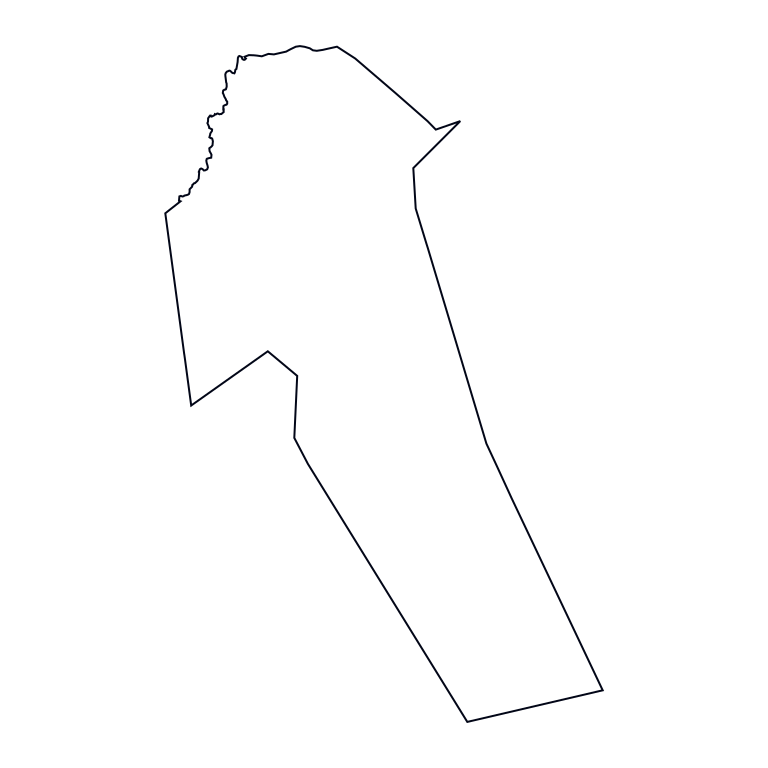 outline of San Juan Teitipac, Oaxaca, Mexico
{"feature_id": "50627088B7077340988995", "entity_name": "San Juan Teitipac", "entity_type": "district", "adm_level": 2, "iso_a3": "MEX", "parent_name": "Mexico", "parent_adm1": "Oaxaca", "projection": "robinson", "projection_center": [-96.62, 16.891], "detail": "fine", "context": "isolated", "style": "outline", "palette": "ink", "viewbox_px": 768, "rotation_deg": 0, "n_neighbors": 0, "source": "geoboundaries", "source_scale": "gbopen_adm2", "svg_char_len": 2466}
<svg xmlns="http://www.w3.org/2000/svg" viewBox="0 0 768 768"><path d="M337.0,46.7L327.5,48.8L322.7,49.9L316.8,50.8L312.9,50.3L309.8,48.3L304.6,46.8L299.9,46.1L295.8,46.7L291.0,49.0L288.7,50.2L286.2,51.6L274.3,54.3L274.0,54.4L268.4,53.9L261.8,56.3L257.6,55.7L257.0,55.6L253.9,55.3L248.9,55.1L244.5,56.8L245.2,58.0L245.9,58.6L244.8,59.7L244.0,59.9L242.5,59.2L242.0,58.1L241.9,57.0L239.4,56.0L238.6,56.4L238.1,57.4L237.9,57.9L237.6,62.1L236.8,66.7L236.4,69.0L236.0,69.2L235.4,69.7L234.9,72.3L234.4,73.3L233.9,73.1L233.0,73.1L232.5,72.9L232.1,72.7L230.5,71.1L229.8,70.7L229.1,70.7L228.7,70.9L228.1,71.2L227.4,71.4L226.7,71.8L226.2,72.5L225.7,73.1L225.3,74.5L225.4,76.1L226.2,82.5L226.6,83.4L226.7,86.4L226.6,87.0L225.9,89.3L225.6,89.5L224.4,89.7L223.7,90.2L223.2,90.5L222.8,93.0L223.0,93.3L223.6,94.5L224.1,96.0L224.5,97.0L224.9,97.6L225.9,99.4L226.1,100.3L227.2,101.6L227.2,103.7L226.5,104.7L225.3,104.9L224.7,105.3L223.8,105.7L223.4,106.1L223.3,109.4L223.7,109.4L223.6,111.2L223.7,112.0L221.4,114.0L221.1,113.9L220.2,114.1L219.5,114.3L218.9,114.0L218.3,113.8L217.8,113.5L217.1,113.6L216.5,114.0L215.9,114.4L215.3,114.3L214.9,114.1L214.6,115.0L214.1,115.4L211.7,116.6L210.9,116.3L210.8,115.6L210.1,115.6L209.8,116.3L209.5,116.3L208.1,118.3L208.1,119.2L208.0,121.7L207.4,123.1L209.1,126.8L209.1,127.9L212.1,129.4L212.0,130.9L210.3,133.5L210.1,134.8L209.6,136.5L209.4,137.3L210.8,138.2L211.2,138.1L211.6,138.1L212.2,138.7L212.9,141.2L212.5,145.3L211.7,146.3L210.4,147.5L209.6,147.9L209.3,148.3L209.6,151.2L211.0,153.7L211.5,154.8L211.2,157.7L209.0,158.1L208.1,158.4L207.2,158.6L206.7,159.0L206.3,160.7L206.5,161.7L206.6,162.4L206.7,162.9L207.0,163.9L207.4,165.1L207.7,166.3L207.8,167.0L207.9,167.4L207.2,169.3L205.3,170.3L203.9,170.5L203.1,169.7L202.9,169.4L202.1,168.9L201.1,168.5L199.9,169.2L198.8,171.9L199.2,172.2L198.7,178.6L197.5,180.7L196.7,181.5L195.0,183.1L194.2,183.2L193.4,183.9L193.2,184.4L192.3,185.0L192.1,186.7L189.9,189.0L189.6,189.3L189.6,192.1L189.0,194.0L187.9,194.7L186.6,195.1L184.3,195.6L183.7,196.2L182.5,196.5L181.5,196.2L180.9,195.9L179.4,196.4L179.0,200.7L180.5,201.3L169.7,209.8L165.3,213.3L176.9,299.5L184.2,354.0L184.3,354.5L185.0,359.4L191.2,405.5L267.8,351.3L297.2,375.9L294.3,437.9L307.9,463.9L467.3,721.9L602.7,690.3L511.7,498.4L497.1,466.6L486.4,443.6L451.6,327.3L427.8,248.0L426.5,243.9L415.7,208.5L413.3,168.1L460.3,121.1L435.8,129.6L427.6,121.2L395.3,92.9L355.2,58.5L337.0,46.7Z" fill="none" stroke="#020617" stroke-width="2"/></svg>